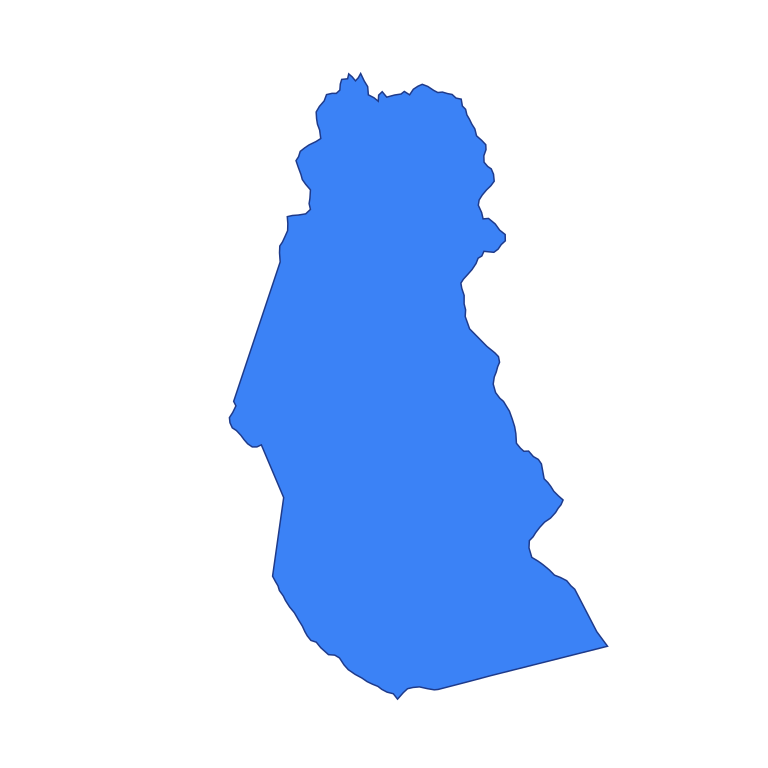 the district of Palmeiras, Bahia, Brazil, rotated 347°
{"feature_id": "56859067B40593340252607", "entity_name": "Palmeiras", "entity_type": "district", "adm_level": 2, "iso_a3": "BRA", "parent_name": "Brazil", "parent_adm1": "Bahia", "projection": "equal_earth", "projection_center": [-41.531, -12.534], "detail": "fine", "context": "isolated", "style": "filled", "palette": "blue", "viewbox_px": 768, "rotation_deg": 347, "n_neighbors": 0, "source": "geoboundaries", "source_scale": "gbopen_adm2", "svg_char_len": 2769}
<svg xmlns="http://www.w3.org/2000/svg" viewBox="0 0 768 768"><g transform="rotate(347 384 384)"><path d="M326.3,694.1L333.5,689.0L338.4,686.2L344.0,686.2L350.4,687.1L357.7,690.6L364.2,693.3L368.0,693.8L398.3,693.0L422.2,692.2L542.8,689.8L535.6,673.2L523.7,626.9L520.6,622.5L517.8,616.8L512.4,612.2L507.1,608.6L503.3,602.4L498.1,595.6L494.2,591.2L489.0,586.2L488.4,576.3L490.4,569.3L494.8,566.5L498.3,563.0L503.5,558.7L509.4,554.7L516.1,552.1L522.3,547.8L525.7,544.3L529.3,541.5L532.4,537.3L528.6,532.0L525.3,526.7L523.5,521.4L521.5,516.9L518.7,512.4L519.4,497.3L517.4,492.2L513.2,488.3L509.8,481.9L505.1,481.0L502.5,477.2L499.7,471.5L501.3,462.0L501.7,455.0L501.1,447.2L500.1,438.7L498.3,433.3L496.5,427.8L493.7,424.0L490.8,417.5L490.4,408.6L493.0,402.0L496.1,397.5L498.6,392.8L501.5,388.8L501.7,383.1L499.1,378.7L492.7,370.5L479.8,349.5L479.1,343.2L478.3,336.5L480.2,330.1L480.1,323.9L482.0,315.7L481.3,308.2L481.6,303.0L485.0,299.7L490.5,295.9L495.5,292.3L500.8,287.3L504.0,282.6L508.1,281.3L511.2,277.2L515.9,278.8L520.7,280.4L525.5,278.3L529.6,274.5L534.4,271.8L535.7,265.6L531.3,260.1L528.4,253.1L523.1,246.2L517.7,245.4L517.7,238.9L516.1,231.0L518.1,226.1L522.1,222.1L527.5,218.0L532.8,214.8L537.0,211.2L537.9,204.2L536.9,198.5L534.0,195.4L531.4,190.4L532.6,184.1L536.1,178.6L537.0,173.7L534.0,168.6L530.0,163.0L529.9,155.9L528.0,150.5L526.8,145.2L525.3,140.4L525.3,134.7L522.9,130.8L523.3,123.8L518.5,121.6L515.5,117.2L511.2,115.3L506.6,112.7L502.0,112.1L498.5,109.1L493.6,103.9L488.7,100.6L484.0,101.5L478.9,103.4L474.0,108.0L469.6,103.5L465.8,105.3L459.3,104.8L451.2,105.1L448.0,98.8L443.8,101.3L442.0,107.2L438.7,102.9L433.8,98.7L435.0,90.6L432.9,84.3L431.1,76.2L427.9,79.8L424.4,82.2L422.1,77.6L419.4,73.9L417.2,78.4L411.3,77.7L408.9,81.9L407.1,87.7L402.9,90.1L398.8,89.1L393.1,89.1L389.4,94.7L383.5,99.0L379.1,103.7L378.0,110.3L377.6,115.9L378.4,122.1L377.6,130.6L372.2,132.5L368.6,133.3L364.7,134.2L360.0,136.0L354.7,138.5L351.9,143.3L348.5,146.6L349.2,153.4L350.2,161.1L350.4,166.4L352.6,171.8L356.0,178.3L353.6,186.4L351.6,191.4L351.6,197.3L346.0,200.6L338.5,200.1L332.7,199.2L327.4,199.2L326.4,206.0L324.6,212.9L320.9,217.8L317.0,222.8L313.5,226.1L311.7,232.7L310.3,241.7L233.6,367.1L234.8,372.0L230.2,377.7L225.8,382.0L225.2,387.1L226.3,392.6L229.7,396.1L233.0,401.8L235.1,406.7L237.7,411.6L241.5,415.7L246.1,416.7L250.8,415.7L260.7,472.1L232.2,546.2L233.8,552.1L235.3,556.8L235.6,561.7L238.2,567.9L239.3,572.8L241.9,580.1L245.2,586.7L247.5,594.2L250.0,601.6L251.2,607.5L252.6,612.2L255.1,617.4L259.9,620.3L263.1,626.8L269.0,635.2L275.0,637.1L279.0,640.9L281.9,648.8L284.9,654.3L290.5,660.4L296.2,665.4L300.6,670.2L305.1,673.8L310.1,677.3L313.1,681.0L317.6,684.9L323.4,687.9L326.3,694.1Z" fill="#3b82f6" stroke="#1e3a8a" stroke-width="1.5"/></g></svg>